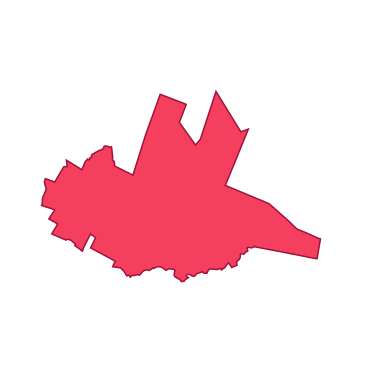 the district of Cosío, Aguascalientes, Mexico, rotated 112°
{"feature_id": "50627088B99350928846043", "entity_name": "Cosío", "entity_type": "district", "adm_level": 2, "iso_a3": "MEX", "parent_name": "Mexico", "parent_adm1": "Aguascalientes", "projection": "mercator", "projection_center": [-102.285, 22.371], "detail": "fine", "context": "isolated", "style": "filled", "palette": "rose", "viewbox_px": 384, "rotation_deg": 112, "n_neighbors": 0, "source": "geoboundaries", "source_scale": "gbopen_adm2", "svg_char_len": 5446}
<svg xmlns="http://www.w3.org/2000/svg" viewBox="0 0 384 384"><g transform="rotate(112 192 192)"><path d="M273.2,185.8L271.7,184.6L270.8,180.7L270.8,180.3L270.6,178.9L271.5,178.4L273.6,178.0L275.9,177.5L277.0,175.8L277.6,171.8L277.8,170.3L278.7,168.9L279.1,168.2L277.4,165.7L276.9,165.7L276.7,165.7L275.5,165.2L272.6,163.2L272.5,164.9L272.5,165.4L271.8,165.9L271.7,165.9L271.2,165.9L270.4,165.5L270.2,165.4L269.9,164.9L269.3,162.6L269.9,160.6L269.6,159.0L269.1,158.4L268.4,157.7L266.1,157.1L262.0,152.3L262.5,151.5L262.9,150.9L261.8,147.7L261.6,147.7L260.4,147.7L259.6,147.7L258.8,147.5L257.8,147.3L257.4,147.2L256.9,146.7L256.1,145.1L255.1,141.6L254.6,140.0L254.4,139.6L254.2,139.3L254.1,138.9L253.1,138.4L252.9,138.2L252.7,137.9L252.7,137.7L252.7,136.4L251.7,135.0L252.4,135.0L251.4,134.4L250.4,133.6L250.1,133.5L249.2,133.1L248.0,132.9L246.2,132.4L245.2,131.9L244.1,131.6L244.4,131.1L244.9,130.2L245.9,128.7L247.2,126.8L246.8,126.4L245.7,125.5L245.5,125.3L245.0,124.8L244.8,124.6L244.7,124.5L244.6,124.4L242.8,122.8L240.7,124.1L239.4,124.4L239.2,124.4L238.6,124.3L238.4,123.8L238.0,123.4L237.4,123.1L236.7,123.0L235.8,122.8L235.7,122.8L234.9,122.8L234.0,123.0L231.9,123.7L231.2,123.6L231.0,123.3L230.7,122.7L230.4,121.3L230.2,120.7L229.6,120.4L228.8,120.1L227.9,119.9L227.5,119.7L226.7,118.8L226.2,118.4L225.8,118.3L225.6,118.3L225.4,118.3L224.8,118.7L224.5,119.1L224.1,119.5L223.7,119.9L222.9,120.0L222.4,119.3L222.1,118.1L221.8,117.1L221.4,115.6L220.6,114.7L219.8,114.2L219.2,113.9L219.4,113.8L219.0,111.6L218.5,109.3L218.3,108.2L217.7,105.4L217.3,103.1L217.0,102.0L216.3,98.3L215.2,92.6L215.1,92.1L214.2,87.9L213.8,85.8L213.8,85.6L213.3,83.3L212.8,80.6L212.6,79.6L212.0,75.9L211.2,72.5L211.2,72.2L208.5,57.9L207.1,51.1L206.9,51.1L187.4,55.3L187.4,55.5L187.6,56.5L187.5,58.6L187.5,60.2L187.4,61.7L187.4,63.3L187.3,64.0L187.3,64.8L187.3,66.3L187.2,67.6L187.2,68.7L187.1,69.8L187.1,70.8L187.1,71.7L187.0,72.6L187.0,73.4L187.0,73.5L187.0,80.8L186.9,81.2L186.6,81.8L185.4,84.9L185.4,85.0L183.5,89.4L181.6,94.6L176.4,109.2L175.8,110.9L173.9,116.4L173.9,116.5L173.9,117.0L173.9,121.3L173.8,122.7L173.8,122.8L173.8,129.6L173.7,135.9L173.7,137.3L173.7,137.5L173.7,138.6L173.6,144.6L173.6,150.5L173.5,156.0L173.4,161.8L173.4,163.6L171.5,163.6L167.3,163.5L163.7,163.5L163.2,163.5L162.6,163.5L162.0,163.5L161.4,163.5L160.9,163.5L160.6,163.5L160.3,163.5L159.8,163.5L159.3,163.5L158.9,163.5L158.4,163.5L158.0,163.5L157.6,163.5L157.1,163.5L156.9,163.5L156.4,163.5L156.2,163.5L155.9,163.5L155.7,163.5L154.7,163.5L154.3,163.5L154.0,163.5L153.7,163.5L152.4,163.4L151.8,163.4L151.3,163.4L150.8,163.4L148.8,163.4L148.4,163.4L148.0,163.4L147.6,163.4L147.0,163.4L146.4,163.4L142.8,163.4L141.3,163.4L133.6,163.4L112.6,163.3L117.9,169.3L89.8,207.4L140.0,204.0L147.1,206.4L132.2,229.8L112.9,230.2L113.3,258.1L127.2,257.5L155.3,256.5L198.5,253.1L196.9,273.4L194.8,274.5L192.7,275.6L192.4,277.7L191.5,277.8L190.4,278.3L190.2,278.5L188.6,278.9L188.0,279.3L187.1,279.8L186.3,280.3L182.9,282.1L182.2,282.5L180.5,283.3L180.3,283.8L181.2,284.4L181.2,284.6L181.2,287.1L182.0,290.1L183.1,290.7L184.3,290.4L185.2,290.8L185.4,291.0L186.6,291.6L187.3,292.0L187.7,293.2L188.9,294.1L189.2,294.3L189.9,295.0L190.2,295.2L190.8,295.5L191.3,296.2L191.6,296.5L191.8,296.7L192.1,296.9L193.0,297.3L193.3,297.5L193.5,297.7L193.8,298.0L194.5,298.8L195.0,298.5L195.2,298.4L195.8,298.7L196.1,298.8L196.4,298.5L197.0,298.3L197.3,298.6L197.6,298.5L198.5,299.3L200.0,299.2L200.2,299.4L201.1,300.1L201.3,301.1L200.9,301.2L203.8,302.4L212.6,302.4L211.5,308.8L210.8,313.0L210.3,315.7L210.0,317.7L209.5,320.4L210.6,319.8L215.1,317.2L215.2,317.3L216.5,320.2L216.8,320.3L217.1,320.4L217.4,320.5L217.7,320.5L218.1,320.6L218.7,320.7L219.0,320.7L219.3,320.8L219.6,320.8L219.9,320.8L220.2,320.9L220.5,320.9L220.8,321.0L221.1,321.0L221.4,321.1L221.7,321.1L221.9,321.2L222.9,321.3L224.0,321.5L225.0,321.6L225.3,321.7L227.1,321.9L228.1,322.1L229.2,322.3L229.6,322.3L233.7,322.9L233.9,323.0L234.2,323.0L234.4,330.5L234.5,332.3L234.5,332.6L234.5,332.9L234.8,332.9L236.2,332.9L237.2,332.8L237.5,332.7L238.0,332.6L238.7,332.1L239.9,331.3L243.5,328.5L243.8,328.3L244.1,328.2L244.4,328.2L248.9,328.2L250.8,328.3L253.0,328.3L253.8,328.3L254.0,328.2L254.4,328.1L255.1,327.9L257.9,326.8L258.2,326.7L258.8,326.6L260.8,326.4L260.8,326.0L260.8,325.7L260.4,319.6L260.3,319.2L260.1,315.7L260.0,312.6L261.4,312.8L261.7,312.8L262.5,313.1L264.0,313.4L264.5,313.5L265.6,313.7L267.0,314.0L267.5,314.1L268.2,314.2L269.7,314.5L269.7,314.3L270.6,314.5L271.3,309.9L270.9,309.9L272.1,305.0L272.0,304.7L272.6,304.7L274.1,304.9L276.9,305.3L277.2,305.4L279.9,305.8L283.4,306.3L283.8,290.9L283.3,290.5L282.6,289.9L282.5,289.4L282.4,289.0L282.0,286.7L282.3,285.8L282.9,283.7L283.1,283.0L283.6,282.2L283.8,280.8L283.9,280.4L285.6,280.6L285.7,280.1L285.9,279.3L286.1,278.2L286.4,277.2L286.6,276.5L286.8,275.5L287.1,274.2L287.3,274.0L287.8,272.3L288.1,271.6L286.4,271.3L286.2,271.8L273.7,270.8L269.2,270.4L268.9,270.4L269.5,269.2L269.5,268.2L270.5,264.3L275.3,264.6L276.1,264.7L276.4,264.7L277.0,264.7L279.8,264.9L280.7,265.0L281.8,265.1L284.1,244.1L285.0,237.3L291.0,237.6L289.1,229.7L290.9,225.6L294.2,220.9L292.8,219.9L292.8,219.4L294.1,217.3L292.4,216.9L291.0,214.3L289.0,211.4L288.7,209.4L284.3,207.9L282.0,206.3L281.1,204.4L280.7,202.1L279.5,201.2L277.4,200.1L277.1,200.0L277.3,198.9L274.2,196.2L273.7,194.4L273.6,194.0L273.1,192.2L273.9,188.1L274.4,186.8L273.2,185.8Z" fill="#f43f5e" stroke="#9f1239" stroke-width="1.5"/></g></svg>